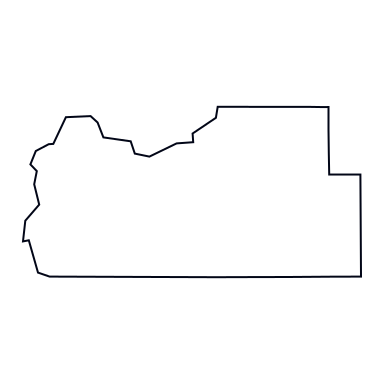 the district of Tate, Mississippi, United States of America
{"feature_id": "52423323B67875317902203", "entity_name": "Tate", "entity_type": "district", "adm_level": 2, "iso_a3": "USA", "parent_name": "United States of America", "parent_adm1": "Mississippi", "projection": "equal_earth", "projection_center": [-90.006, 34.663], "detail": "fine", "context": "isolated", "style": "outline", "palette": "ink", "viewbox_px": 384, "rotation_deg": 0, "n_neighbors": 0, "source": "geoboundaries", "source_scale": "gbopen_adm2", "svg_char_len": 555}
<svg xmlns="http://www.w3.org/2000/svg" viewBox="0 0 384 384"><path d="M49.6,276.6L215.8,277.2L246.9,277.1L288.3,277.0L329.9,276.7L361.0,276.6L360.4,174.5L329.2,174.5L328.8,153.0L328.5,129.8L328.5,107.0L324.1,107.1L311.1,106.9L217.7,106.8L215.9,117.8L192.6,133.5L193.2,142.2L176.6,143.4L149.4,156.6L134.8,153.6L130.7,141.3L103.4,137.4L97.6,122.5L90.6,116.1L65.9,117.2L53.3,143.9L48.7,144.2L35.8,151.0L30.4,164.4L36.8,171.1L34.2,184.3L39.2,204.6L25.3,220.7L23.0,241.4L28.8,240.3L38.0,272.6L49.6,276.6Z" fill="none" stroke="#020617" stroke-width="2"/></svg>